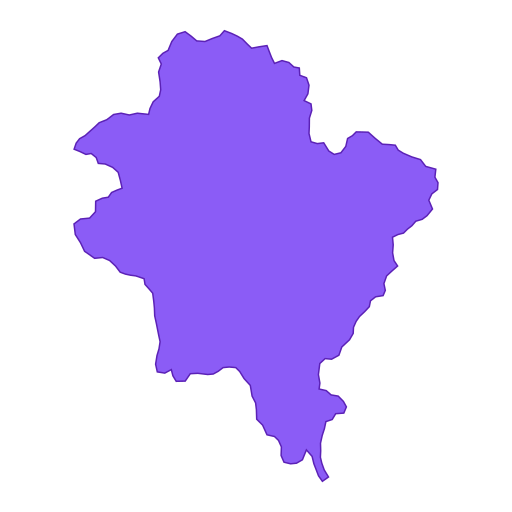 outline of Paula Cândido, Minas Gerais, Brazil
{"feature_id": "56859067B72410336703321", "entity_name": "Paula Cândido", "entity_type": "district", "adm_level": 2, "iso_a3": "BRA", "parent_name": "Brazil", "parent_adm1": "Minas Gerais", "projection": "orthographic", "projection_center": [-42.983, -20.87], "detail": "fine", "context": "isolated", "style": "filled", "palette": "violet", "viewbox_px": 512, "rotation_deg": 0, "n_neighbors": 0, "source": "geoboundaries", "source_scale": "gbopen_adm2", "svg_char_len": 2692}
<svg xmlns="http://www.w3.org/2000/svg" viewBox="0 0 512 512"><path d="M435.8,169.2L425.7,166.4L420.5,159.6L411.8,156.9L403.2,153.2L398.2,150.1L395.3,145.2L389.4,144.6L382.3,144.2L375.1,138.3L368.3,132.2L361.7,132.0L356.2,131.9L352.4,135.7L347.6,138.5L345.8,146.4L340.9,152.8L334.2,154.4L328.8,151.0L323.7,142.8L317.3,143.6L311.0,141.8L309.0,133.5L309.3,126.9L309.4,118.1L311.8,110.4L311.0,103.9L304.1,100.6L307.9,93.8L309.0,85.2L306.5,77.8L299.8,75.3L299.3,68.0L293.8,67.0L288.9,62.5L282.0,60.6L274.5,63.4L271.6,57.6L269.3,51.7L267.0,45.6L259.1,46.8L251.6,48.2L247.5,44.3L242.4,39.1L237.4,36.2L231.7,33.5L224.4,30.7L219.9,35.8L212.3,38.5L205.0,41.5L196.7,40.9L191.2,36.2L185.1,31.7L177.4,34.1L171.8,41.5L168.1,50.4L162.9,53.3L158.3,57.8L161.3,64.0L158.6,72.0L160.1,81.8L160.7,89.8L159.3,96.3L153.2,101.8L150.0,108.5L148.6,114.4L142.9,113.8L137.3,113.2L129.3,115.0L121.1,113.2L113.6,114.5L106.8,119.7L99.2,122.7L94.6,127.1L89.9,131.3L85.1,135.6L79.6,138.7L76.2,143.1L74.1,149.2L79.6,151.4L85.9,154.4L91.2,153.5L96.2,157.5L98.3,163.4L105.2,164.0L112.7,167.4L118.2,172.3L120.4,180.5L122.1,188.2L117.0,190.1L111.6,192.5L108.3,197.2L102.3,198.2L95.7,201.2L95.5,211.7L89.6,218.1L80.5,219.0L74.0,223.9L75.3,234.5L80.5,242.7L84.6,251.3L94.6,258.3L102.7,257.5L109.6,260.5L115.6,266.1L120.2,272.2L125.4,274.1L130.5,275.2L135.8,275.9L144.1,278.7L145.0,284.4L148.7,288.5L152.7,293.2L153.8,301.7L154.4,308.1L154.7,315.8L156.4,323.6L157.6,329.7L158.7,335.2L160.1,341.7L159.0,348.8L157.0,355.5L155.6,364.2L157.3,371.9L164.8,373.1L171.3,369.6L172.9,375.8L176.2,381.3L185.2,381.1L190.3,373.7L197.8,373.3L207.8,374.5L213.3,374.0L218.2,371.3L223.1,367.6L229.2,367.0L235.8,367.6L239.7,371.5L244.1,378.6L250.3,385.4L252.1,396.1L255.6,402.9L256.4,409.6L256.7,419.2L262.6,425.1L267.0,434.8L274.5,436.5L278.5,440.4L281.4,446.9L281.1,455.5L284.0,462.2L290.6,463.8L296.5,463.2L302.4,459.8L306.4,449.9L312.1,456.4L313.9,463.8L316.1,469.5L318.5,475.8L322.4,481.3L328.5,477.0L324.2,469.9L321.8,463.2L320.4,457.3L320.7,450.8L320.5,443.2L322.2,435.5L324.4,428.7L325.9,421.6L332.2,419.5L335.7,413.7L343.8,413.1L346.4,406.9L343.4,401.4L338.2,396.1L331.1,394.9L326.2,390.6L319.1,389.0L319.9,383.1L318.4,374.6L319.8,363.5L325.1,358.6L331.6,359.2L338.9,355.2L341.8,347.0L349.5,339.8L353.2,333.4L353.5,327.3L356.1,321.4L359.5,316.5L364.7,311.6L369.3,306.7L370.5,300.8L375.6,296.8L383.1,295.6L385.3,290.4L383.9,283.6L386.6,275.9L391.7,271.2L397.6,266.0L394.0,260.6L392.6,252.8L393.2,244.9L392.5,237.2L398.0,234.5L403.5,233.1L407.5,229.1L411.9,225.7L415.8,221.2L422.2,219.3L427.0,215.7L432.5,209.0L428.8,200.2L431.8,193.9L437.5,189.5L438.0,182.7L434.9,177.2L435.8,169.2Z" fill="#8b5cf6" stroke="#5b21b6" stroke-width="1.5"/></svg>